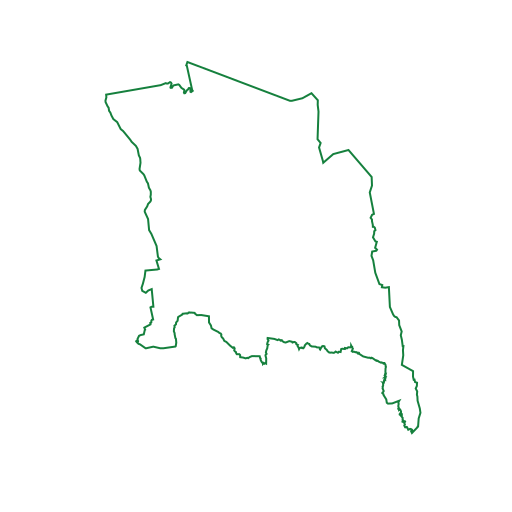 Coronel Pringles, San Luis, Argentina, rotated 169°
{"feature_id": "61730980B39626183389698", "entity_name": "Coronel Pringles", "entity_type": "district", "adm_level": 2, "iso_a3": "ARG", "parent_name": "Argentina", "parent_adm1": "San Luis", "projection": "mercator", "projection_center": [-66.019, -33.04], "detail": "fine", "context": "isolated", "style": "outline", "palette": "green", "viewbox_px": 512, "rotation_deg": 169, "n_neighbors": 0, "source": "geoboundaries", "source_scale": "gbopen_adm2", "svg_char_len": 6098}
<svg xmlns="http://www.w3.org/2000/svg" viewBox="0 0 512 512"><g transform="rotate(169 256 256)"><path d="M388.1,192.2L386.8,191.5L382.0,186.5L381.5,186.4L374.1,186.6L367.6,183.7L364.5,183.1L352.4,182.5L352.0,182.8L350.8,186.1L350.4,190.0L350.8,190.8L350.8,195.0L350.6,195.7L351.0,197.8L350.2,200.7L349.4,201.6L349.4,203.1L347.6,204.2L347.1,206.0L345.3,207.4L344.2,210.8L343.7,211.1L339.5,212.6L339.1,213.3L335.2,213.0L334.7,212.6L333.6,212.8L333.1,213.3L332.3,213.4L331.6,212.9L331.0,213.0L327.1,211.9L326.9,211.1L325.3,209.2L321.0,208.5L313.7,205.8L314.8,199.7L313.5,196.4L313.4,193.5L311.8,191.9L307.5,188.6L306.6,187.4L305.4,186.6L305.0,185.6L305.4,184.3L305.1,182.8L304.0,181.3L303.3,178.7L301.5,177.3L298.5,172.9L296.2,170.2L295.7,170.2L295.2,170.6L294.9,170.4L294.6,169.3L295.4,167.5L294.9,166.4L294.0,165.5L294.0,164.2L293.6,163.3L291.1,162.8L290.5,161.8L290.8,159.7L288.1,158.8L285.7,157.5L283.9,157.7L283.2,157.2L281.5,158.0L279.1,158.5L271.5,156.9L271.4,154.9L271.0,154.5L271.3,153.5L271.1,152.4L270.4,150.3L269.5,150.0L269.7,148.8L269.4,149.0L268.5,148.6L267.7,149.2L266.6,148.4L265.5,153.6L265.7,156.4L265.3,157.3L264.3,157.9L264.7,159.5L263.8,161.5L262.6,163.2L261.4,166.6L261.1,166.7L261.9,167.4L261.0,169.3L259.9,170.5L260.5,172.3L260.2,173.3L253.8,171.1L250.8,169.3L249.6,169.8L248.5,169.0L248.1,168.3L247.3,168.6L246.7,168.3L246.8,167.9L245.0,166.1L243.4,165.4L239.6,166.1L237.1,165.0L236.7,164.1L235.1,164.4L234.4,164.2L233.1,162.8L233.2,161.7L231.9,160.7L232.3,160.3L232.3,159.3L231.7,158.2L231.5,156.4L230.8,157.3L228.7,157.5L228.3,157.3L228.3,156.8L227.1,156.4L225.7,157.8L225.1,159.0L223.2,160.4L222.2,160.8L221.4,159.9L220.5,159.5L220.2,158.1L218.6,156.6L214.8,155.6L213.7,154.7L211.4,154.1L210.9,153.2L211.1,152.2L210.9,151.9L208.7,154.6L208.2,154.5L207.5,154.9L206.4,154.5L206.0,154.2L206.0,152.3L204.4,150.3L204.1,149.3L203.2,148.0L202.8,147.7L202.6,147.3L201.3,146.9L200.5,146.9L198.2,146.1L197.4,146.2L196.1,147.0L194.0,145.4L193.0,146.2L191.3,145.6L190.1,148.4L189.0,148.5L186.4,147.7L186.2,147.8L186.1,148.7L184.1,148.0L182.9,148.8L180.7,148.3L180.0,148.8L179.7,150.0L179.4,148.9L178.9,148.5L179.0,147.5L178.6,146.6L180.1,144.4L179.4,143.9L179.4,143.5L177.9,143.3L176.7,142.5L176.1,142.6L175.4,142.1L174.9,141.2L174.4,141.5L174.1,140.7L173.4,140.9L173.4,140.3L170.0,137.0L165.3,134.7L164.1,134.6L162.9,133.7L162.4,133.7L162.1,134.1L161.2,133.6L158.3,130.6L157.9,130.7L157.2,130.3L157.2,129.9L156.3,129.7L155.8,129.0L153.6,127.4L153.1,127.6L151.7,126.7L150.7,126.5L150.9,126.0L150.3,126.0L150.2,125.5L149.9,125.3L149.6,124.2L149.8,122.9L149.6,122.4L150.3,120.9L151.1,117.5L151.0,117.0L152.0,115.1L151.8,114.7L152.5,114.1L152.4,113.9L152.0,114.2L152.6,113.1L152.3,113.5L152.0,113.7L152.6,112.5L152.3,112.5L152.9,112.2L152.5,112.1L152.6,111.8L152.4,111.8L152.6,111.6L152.1,111.8L152.2,111.5L152.4,111.1L152.9,111.3L152.9,109.9L153.4,110.2L153.9,109.8L154.0,109.5L153.6,109.7L154.4,108.5L153.8,109.0L154.6,107.6L154.9,107.7L154.9,108.0L154.9,107.5L155.1,107.9L155.1,107.4L155.4,107.5L155.1,107.1L155.6,106.9L155.8,105.0L156.2,104.0L156.6,103.8L156.8,101.9L157.0,101.7L156.4,99.1L157.1,98.2L157.8,97.9L158.2,97.4L157.2,95.9L157.3,95.1L155.5,90.4L155.6,87.0L154.6,85.9L150.4,85.3L143.0,86.6L144.2,85.2L144.2,83.5L145.0,81.5L144.8,79.9L145.5,79.1L145.5,78.8L144.7,78.5L144.9,77.6L144.2,77.9L143.8,77.8L143.3,75.8L143.5,74.9L145.2,73.3L145.2,72.9L144.9,72.7L144.0,72.6L143.3,73.4L143.0,73.0L143.3,71.6L144.2,71.5L142.9,69.1L143.3,67.7L143.0,66.8L143.8,65.8L143.8,65.3L143.1,65.2L142.2,65.7L141.3,65.3L141.2,65.0L141.6,64.6L142.5,64.6L142.0,62.2L142.8,61.3L142.3,59.4L141.6,59.2L141.0,59.5L140.4,59.2L139.7,56.4L137.9,56.9L137.1,56.7L136.0,55.7L135.9,55.1L136.7,54.9L137.2,54.5L136.7,52.5L130.0,57.2L129.9,57.7L129.4,57.8L127.3,65.5L124.5,70.7L124.3,75.1L125.0,83.1L124.4,87.2L124.5,89.2L123.6,92.3L124.5,95.5L122.9,97.7L122.1,100.9L123.9,101.9L124.0,104.4L124.8,104.4L124.9,107.6L123.8,113.0L133.6,121.3L130.4,130.4L129.7,135.6L128.5,139.4L129.2,139.5L128.8,145.9L129.0,150.6L127.4,154.1L128.6,160.8L127.9,165.4L129.7,169.1L130.9,169.6L131.9,170.8L132.6,172.6L134.3,180.4L131.5,200.1L135.1,200.2L138.4,201.3L137.6,203.4L140.2,204.9L142.1,216.8L141.8,229.4L142.6,234.1L141.1,238.2L136.9,238.2L136.0,239.1L137.5,241.3L134.7,246.9L136.0,247.6L137.6,252.0L135.8,255.3L135.2,257.8L133.8,258.6L134.0,261.2L134.9,262.3L135.7,262.4L135.4,264.4L135.5,268.0L135.2,269.7L136.2,271.6L134.2,274.3L132.2,274.8L132.2,296.7L128.7,303.0L127.4,311.5L145.0,342.4L160.7,341.3L172.2,334.7L172.2,336.5L173.4,350.5L171.0,354.6L173.3,358.9L167.1,385.8L166.6,392.6L165.6,397.1L170.5,405.2L180.4,402.0L191.3,401.5L193.1,401.9L286.3,459.5L288.1,456.4L287.6,456.0L287.0,431.2L286.6,430.2L288.5,429.3L289.0,429.7L288.5,432.8L288.9,433.4L289.7,433.7L290.0,433.6L290.9,432.5L292.3,431.8L294.4,429.4L295.3,429.4L295.6,430.1L294.7,432.3L294.8,433.0L297.1,435.2L298.7,438.6L299.5,439.3L304.2,439.2L305.1,438.7L306.4,437.2L307.6,437.3L307.8,437.5L307.8,437.9L306.0,441.3L306.3,442.4L307.2,443.1L309.6,442.1L310.7,442.3L311.6,442.9L316.9,441.9L372.3,443.0L372.6,440.3L374.1,437.3L374.3,435.8L373.1,431.2L372.4,429.7L372.5,426.5L371.6,424.5L371.1,421.5L369.9,417.6L366.7,413.9L364.6,406.4L362.6,404.0L357.3,394.2L356.3,391.8L352.9,387.0L351.8,383.8L351.8,377.1L351.1,374.6L351.1,373.4L351.6,369.5L353.7,363.7L353.8,362.5L353.5,361.7L350.9,357.9L350.3,356.5L349.0,349.8L348.2,347.9L348.1,343.5L347.1,340.5L347.0,339.1L347.6,336.2L348.4,334.2L348.2,331.8L348.6,330.5L349.3,329.6L352.0,327.7L353.4,325.4L356.3,322.4L356.8,320.7L354.9,312.9L356.0,301.8L354.5,297.7L351.7,284.8L352.4,274.0L351.9,272.6L350.6,271.0L354.6,270.6L353.7,261.8L355.5,261.6L367.3,262.8L369.3,256.7L372.3,250.4L374.5,246.5L374.3,243.5L371.2,240.9L368.3,242.7L364.7,243.4L366.4,225.8L368.2,226.1L369.4,225.7L369.1,213.3L370.4,213.2L371.1,212.4L371.4,210.9L372.6,210.4L372.4,209.5L372.6,209.0L379.3,207.0L378.9,204.9L379.2,204.8L381.1,200.5L384.2,200.4L386.0,200.0L388.1,197.2L388.1,196.6L388.5,196.1L388.0,195.1L388.1,194.6L388.8,194.4L389.3,195.5L389.9,195.2L389.5,194.2L388.1,192.2Z" fill="none" stroke="#15803d" stroke-width="2"/></g></svg>